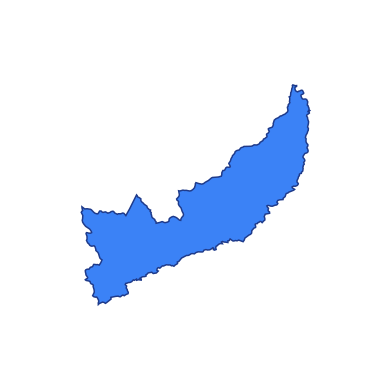 the district of Espinosa, Minas Gerais, Brazil, rotated 119°
{"feature_id": "56859067B62651951271608", "entity_name": "Espinosa", "entity_type": "district", "adm_level": 2, "iso_a3": "BRA", "parent_name": "Brazil", "parent_adm1": "Minas Gerais", "projection": "natural_earth1", "projection_center": [-42.979, -14.905], "detail": "fine", "context": "isolated", "style": "filled", "palette": "blue", "viewbox_px": 384, "rotation_deg": 119, "n_neighbors": 0, "source": "geoboundaries", "source_scale": "gbopen_adm2", "svg_char_len": 6084}
<svg xmlns="http://www.w3.org/2000/svg" viewBox="0 0 384 384"><g transform="rotate(119 192 192)"><path d="M305.9,203.6L305.4,205.5L304.1,205.7L303.3,204.7L302.0,203.7L301.2,202.4L299.7,201.3L297.3,200.7L297.2,199.6L295.1,198.3L296.0,197.6L294.7,196.3L293.7,193.7L292.8,194.1L292.8,195.8L290.2,194.3L288.8,192.2L287.8,191.4L286.7,192.1L285.7,191.5L284.0,191.1L281.7,188.3L282.1,186.4L280.1,183.9L277.5,183.2L277.5,184.8L276.4,185.2L275.1,185.2L274.3,184.5L274.2,183.2L271.0,182.1L270.5,181.0L268.1,179.2L267.3,177.3L266.4,175.8L266.5,174.2L265.8,173.4L265.7,171.8L264.0,171.3L262.0,170.1L261.1,170.1L260.4,170.9L258.9,169.8L254.8,169.1L250.1,166.0L249.5,164.8L248.4,163.8L246.4,162.8L245.6,161.7L244.9,159.9L243.1,159.2L241.4,157.7L239.5,154.0L238.8,153.4L237.1,153.3L235.6,151.9L235.3,150.5L234.1,148.6L233.2,147.9L230.6,146.7L230.8,145.6L232.0,145.4L231.9,144.1L230.6,143.0L229.3,144.2L227.8,144.6L226.8,143.9L224.9,143.4L223.3,142.2L222.5,140.3L221.4,142.0L220.5,141.4L220.2,139.6L219.6,138.4L218.8,136.1L217.2,136.9L216.4,135.9L214.6,135.9L215.0,132.7L214.6,131.7L213.4,130.5L212.8,128.9L211.4,127.8L210.7,123.2L208.7,123.0L206.7,123.4L202.0,121.3L200.8,120.4L199.4,119.9L197.9,120.4L196.9,121.0L193.5,120.3L192.2,119.2L191.1,119.7L190.3,120.6L189.6,121.1L188.7,120.6L187.9,119.5L186.8,119.5L185.6,118.5L184.7,118.2L184.4,117.2L184.8,115.8L182.4,115.2L181.2,114.7L179.8,115.5L178.5,116.9L175.9,117.2L173.0,113.8L171.9,114.5L171.7,115.9L170.9,116.8L169.1,117.2L168.8,118.5L167.9,119.8L167.0,119.2L166.5,118.1L166.1,116.0L165.4,114.7L163.3,113.0L162.6,112.0L161.7,111.4L160.3,111.4L159.7,112.9L157.8,112.9L156.4,111.6L154.5,108.7L153.2,109.2L150.9,108.3L148.5,108.8L147.6,108.8L146.3,107.6L145.3,107.3L141.1,103.9L139.9,103.5L139.8,106.2L139.1,106.9L137.7,106.1L136.9,104.5L135.9,103.6L135.1,103.1L133.9,102.9L133.0,103.2L132.4,104.9L131.1,105.7L128.7,105.8L127.0,106.3L125.7,106.0L124.4,106.7L123.5,106.3L122.7,105.4L121.6,105.8L120.0,105.3L117.6,106.2L116.5,107.1L115.5,107.2L114.6,107.6L113.3,107.3L111.9,108.7L110.6,108.4L109.5,108.7L108.6,110.0L108.0,111.6L106.9,112.2L103.7,112.0L102.0,110.5L101.0,110.1L99.8,110.3L98.5,111.5L97.8,112.7L96.8,113.1L95.5,113.0L94.3,113.7L93.9,115.1L92.9,116.5L91.9,117.2L90.1,118.0L89.6,119.1L87.3,119.8L84.4,119.8L83.1,120.2L81.8,120.2L79.9,121.1L79.2,122.4L75.9,123.3L74.0,124.1L72.2,126.1L70.7,127.2L70.0,128.6L69.0,128.9L66.1,127.6L65.2,128.3L65.5,129.5L64.5,129.5L63.6,128.5L63.2,129.6L61.9,130.4L61.3,131.3L60.4,132.1L60.1,133.3L57.0,134.5L55.5,136.6L55.7,138.0L56.8,139.6L57.0,140.6L56.2,142.0L55.0,143.4L54.1,143.6L52.2,142.3L51.3,142.2L49.6,144.6L50.0,145.8L51.5,146.8L52.2,147.6L53.2,148.1L53.4,149.6L53.0,150.9L52.3,151.6L51.0,152.5L50.1,152.5L49.0,151.7L48.2,152.1L49.0,153.3L49.4,155.7L50.2,155.9L51.5,154.9L52.9,154.9L56.0,153.8L57.2,153.8L59.6,152.7L60.8,152.4L61.7,153.1L62.3,152.2L63.2,151.6L65.8,150.5L66.4,149.7L69.3,150.1L70.3,149.5L71.6,149.7L74.2,147.6L75.6,147.3L79.1,148.6L79.9,149.4L82.1,150.7L82.7,151.6L85.1,152.5L87.2,154.1L89.3,154.9L93.0,154.1L93.8,153.4L96.2,153.2L97.4,154.1L98.5,155.2L99.6,155.9L100.6,155.3L101.3,153.9L102.4,153.8L103.7,154.0L105.1,154.8L106.0,154.5L106.5,153.7L107.4,153.2L110.1,154.3L111.0,155.1L112.7,154.9L115.7,156.6L116.7,156.4L117.7,156.8L119.4,158.0L120.7,160.6L122.5,161.6L123.4,162.6L127.0,168.7L128.2,169.3L128.9,170.1L130.0,170.8L132.2,171.0L134.0,172.9L135.0,173.5L135.9,173.8L136.9,173.5L138.0,173.5L140.7,174.2L141.6,173.9L143.7,174.0L146.6,173.4L148.4,173.7L149.3,173.6L150.4,171.7L151.4,170.8L152.4,171.5L153.3,173.5L154.4,174.1L156.7,174.0L157.6,174.4L158.2,175.4L160.5,175.3L162.6,174.3L163.9,174.0L166.1,176.2L169.4,181.2L170.3,181.8L174.0,183.2L177.0,185.1L179.1,186.0L180.4,187.3L181.3,190.2L181.9,193.1L183.2,193.1L184.2,192.5L187.1,191.9L189.3,192.4L191.3,193.4L192.3,194.6L193.4,198.0L194.1,199.0L194.8,200.9L197.0,203.1L197.4,204.3L200.4,201.8L201.5,201.4L202.8,201.4L205.6,202.1L206.4,201.2L206.5,200.1L206.9,199.1L209.1,198.1L210.1,196.8L211.3,193.8L213.7,191.2L215.1,189.1L216.2,188.3L217.7,188.2L219.1,188.6L220.9,188.6L222.3,188.1L222.7,189.2L222.0,192.7L222.0,194.3L222.4,196.5L223.4,197.5L225.2,198.6L226.6,198.9L228.8,198.0L230.2,198.8L231.8,200.6L232.2,201.8L232.2,202.9L232.4,203.8L234.3,205.5L236.7,208.2L235.4,209.1L234.9,210.6L234.1,211.2L233.7,214.2L233.0,215.3L231.8,216.2L231.0,217.2L229.7,217.8L229.3,219.2L227.9,219.5L228.1,220.6L227.9,221.8L227.4,223.5L226.2,224.6L225.9,227.8L225.3,229.4L225.1,231.0L224.4,232.5L222.7,233.5L222.5,236.0L222.7,237.2L221.8,238.1L221.4,239.1L236.7,238.4L244.7,238.4L243.7,241.1L243.9,242.3L245.6,243.8L246.8,246.0L247.7,246.4L247.8,249.6L247.2,250.6L247.1,251.8L248.4,253.3L249.4,253.6L251.3,255.3L251.3,257.9L252.1,259.0L253.0,259.9L253.1,261.0L252.7,262.4L253.5,263.6L255.5,263.6L256.8,263.8L257.3,265.0L257.6,266.5L257.4,268.0L256.4,271.2L256.3,272.3L257.5,275.6L258.8,277.6L258.3,281.1L259.5,280.3L261.3,278.6L262.3,279.0L263.5,279.0L265.5,276.1L268.7,274.6L269.8,274.4L271.4,273.0L272.4,271.3L273.6,268.4L274.0,263.7L274.3,262.8L275.4,260.8L276.2,260.1L277.3,260.9L278.1,262.5L278.3,263.7L278.7,264.6L279.8,264.5L281.7,262.3L283.1,261.5L284.2,260.9L285.4,260.9L287.1,258.6L287.3,257.3L288.2,255.5L288.2,253.9L287.4,252.6L286.5,251.7L286.9,250.3L288.8,248.3L289.8,247.7L290.4,245.1L291.2,243.9L294.3,240.7L294.8,239.6L295.0,237.8L298.0,237.5L300.9,237.7L301.3,239.6L302.1,240.7L302.4,241.8L303.0,242.9L305.5,242.8L307.2,244.4L309.6,244.7L309.9,245.6L310.6,246.5L311.7,247.2L312.6,247.2L314.2,246.0L314.9,245.2L315.9,244.6L317.3,241.8L318.3,241.6L319.4,242.4L320.5,242.8L320.7,241.7L319.9,239.3L319.7,237.8L320.7,236.9L321.2,235.7L321.0,234.1L321.4,233.1L322.7,232.6L325.0,230.2L327.0,228.9L330.9,228.6L331.2,227.0L330.8,225.6L330.1,224.4L330.6,223.2L332.0,221.2L333.0,220.5L334.5,220.2L335.8,219.4L334.5,219.0L331.7,216.9L331.2,215.3L331.4,213.8L330.4,213.2L324.9,210.9L323.5,211.9L320.4,208.3L318.9,206.1L318.8,204.9L318.3,203.8L316.5,203.1L315.6,202.4L315.6,201.0L313.8,200.1L311.9,198.6L310.6,199.1L309.6,200.7L308.7,201.4L307.9,203.0L305.9,203.6Z" fill="#3b82f6" stroke="#1e3a8a" stroke-width="1.5"/></g></svg>